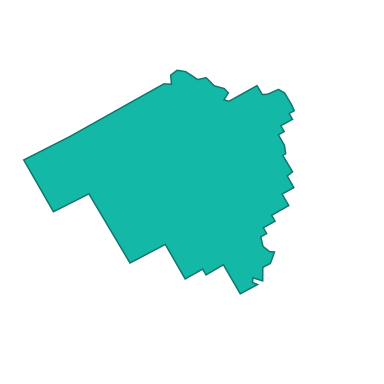 Walker, Alabama, United States of America (orthographic projection), rotated 330°
{"feature_id": "52423323B96350777838033", "entity_name": "Walker", "entity_type": "district", "adm_level": 2, "iso_a3": "USA", "parent_name": "United States of America", "parent_adm1": "Alabama", "projection": "orthographic", "projection_center": [-87.187, 33.759], "detail": "fine", "context": "isolated", "style": "filled", "palette": "teal", "viewbox_px": 384, "rotation_deg": 330, "n_neighbors": 0, "source": "geoboundaries", "source_scale": "gbopen_adm2", "svg_char_len": 879}
<svg xmlns="http://www.w3.org/2000/svg" viewBox="0 0 384 384"><g transform="rotate(330 192 192)"><path d="M142.6,263.9L162.7,264.1L162.7,270.8L182.8,270.7L182.9,304.3L202.5,304.9L199.2,300.7L201.8,296.8L208.8,304.3L215.6,292.7L224.2,293.0L233.5,285.2L229.2,282.2L226.3,274.6L229.2,265.2L235.9,265.3L235.9,258.6L249.3,258.8L249.3,252.0L269.0,252.1L269.0,238.8L282.4,239.1L282.5,225.7L289.2,224.8L288.9,205.7L292.3,205.7L295.4,197.7L295.4,185.7L302.1,185.7L302.0,179.0L315.4,179.3L315.3,172.6L321.2,172.7L321.9,166.1L321.7,152.5L318.2,146.4L306.5,145.2L301.6,142.8L301.5,132.4L269.3,131.9L265.8,128.1L273.0,124.4L271.6,118.5L264.4,111.2L261.4,100.1L253.2,97.5L246.7,84.6L239.9,79.1L231.9,80.2L228.1,88.4L221.7,84.3L202.9,84.0L114.0,82.9L62.3,80.1L62.2,120.0L62.1,139.8L101.8,142.0L102.8,222.5L142.7,224.0L142.6,263.9Z" fill="#14b8a6" stroke="#0f766e" stroke-width="1.5"/></g></svg>